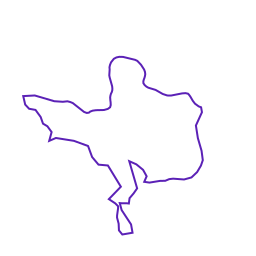 Fingal, Equal Earth projection, rotated 54°
{"feature_id": "IRL-5574", "entity_name": "Fingal", "entity_type": "County", "adm_level": 1, "iso_a3": "IRL", "parent_name": "Ireland", "parent_adm1": "", "projection": "equal_earth", "projection_center": [-6.266, 53.497], "detail": "fine", "context": "isolated", "style": "outline", "palette": "violet", "viewbox_px": 256, "rotation_deg": 54, "n_neighbors": 0, "source": "natural_earth", "source_scale": "10m", "svg_char_len": 1477}
<svg xmlns="http://www.w3.org/2000/svg" viewBox="0 0 256 256"><g transform="rotate(54 128 128)"><path d="M154.2,56.7L158.7,58.9L165.9,71.6L177.2,77.4L189.7,81.9L198.0,86.4L201.3,91.1L204.3,98.0L205.3,105.7L202.6,112.9L195.5,121.3L193.6,124.7L192.6,128.9L189.6,133.2L184.8,142.7L181.1,146.5L178.0,141.3L170.7,140.4L162.3,142.6L155.6,146.5L182.2,156.1L184.2,161.9L185.7,168.0L189.6,171.7L188.1,173.3L185.4,177.1L183.9,178.8L190.7,181.4L207.8,182.2L215.4,185.9L210.8,195.2L205.5,195.5L199.9,191.8L194.0,189.5L192.3,188.2L187.1,183.2L185.5,182.0L181.5,182.6L174.3,185.3L171.3,168.3L146.5,166.3L140.3,173.4L130.4,174.1L119.1,170.9L106.6,179.3L93.7,192.2L92.1,199.3L86.4,192.2L79.2,192.2L74.5,194.2L67.8,192.2L59.0,192.2L54.3,196.7L48.6,197.4L40.6,194.0L46.9,184.3L63.0,171.9L68.5,165.3L70.8,161.3L73.1,159.4L75.4,158.0L89.2,154.1L91.6,152.5L92.6,150.6L92.5,148.9L93.2,146.4L94.8,143.4L99.3,136.9L100.7,133.1L100.7,130.3L99.3,128.5L96.9,126.9L95.2,126.0L92.7,124.4L91.4,123.1L90.3,121.7L89.4,120.0L88.2,118.5L86.8,117.4L84.9,116.3L76.3,113.1L74.4,112.2L69.8,108.4L68.0,107.3L66.4,105.5L64.9,103.1L63.7,98.8L64.1,95.9L65.3,93.2L67.6,90.2L77.0,82.2L79.2,81.0L84.5,80.3L90.2,80.6L92.6,81.3L94.6,82.4L95.9,83.7L97.1,85.2L98.0,86.6L99.2,88.1L100.8,89.2L103.0,89.3L105.3,88.8L107.3,87.9L113.4,83.3L120.9,79.9L124.8,77.1L127.1,74.0L131.8,63.9L133.6,61.0L135.5,59.3L136.8,59.1L139.2,59.1L144.1,59.6L147.7,59.5L152.1,58.1L154.2,56.7Z" fill="none" stroke="#5b21b6" stroke-width="2"/></g></svg>